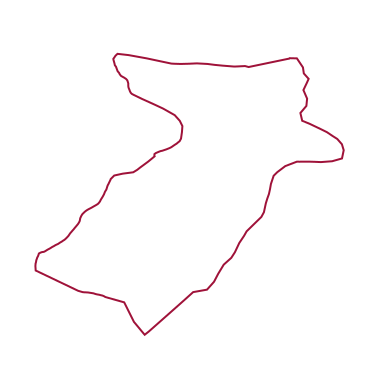 Thula, Amran, Yemen (Equal Earth projection), rotated 99°
{"feature_id": "15242507B3990952227589", "entity_name": "Thula", "entity_type": "district", "adm_level": 2, "iso_a3": "YEM", "parent_name": "Yemen", "parent_adm1": "Amran", "projection": "equal_earth", "projection_center": [43.832, 15.591], "detail": "fine", "context": "isolated", "style": "outline", "palette": "rose", "viewbox_px": 384, "rotation_deg": 99, "n_neighbors": 0, "source": "geoboundaries", "source_scale": "gbopen_adm2", "svg_char_len": 2903}
<svg xmlns="http://www.w3.org/2000/svg" viewBox="0 0 384 384"><g transform="rotate(99 192 192)"><path d="M340.4,216.4L336.5,212.8L321.6,200.5L300.7,183.3L290.7,175.2L286.1,161.9L277.2,156.2L268.6,153.3L258.8,149.3L250.9,142.9L244.8,140.2L234.9,137.3L227.1,133.7L222.3,131.9L213.3,125.2L205.8,119.6L200.7,117.8L191.6,117.3L186.7,116.6L182.0,115.7L176.9,115.4L171.7,115.3L163.2,113.9L159.1,110.9L151.8,103.9L145.6,93.1L145.3,90.8L143.8,81.8L143.0,75.5L142.3,69.4L139.7,58.4L135.4,49.1L127.0,48.7L121.4,51.4L116.9,56.8L114.6,62.1L111.8,68.1L109.8,74.5L106.3,86.3L104.4,94.3L97.0,97.3L89.1,92.5L81.8,92.9L73.9,97.9L66.1,95.6L62.0,94.5L57.4,100.1L51.6,101.9L43.6,109.3L44.6,116.6L45.1,116.9L45.5,118.1L59.7,155.6L59.3,159.3L60.9,166.9L61.5,169.9L62.4,181.4L62.9,189.6L63.1,196.7L64.2,207.3L65.8,215.1L67.3,223.2L68.1,229.5L68.4,232.5L67.7,246.2L67.1,257.6L66.7,276.0L67.2,287.2L69.4,288.9L71.4,289.8L72.7,290.5L73.6,290.3L77.1,288.7L78.9,288.0L80.1,286.7L82.1,285.6L84.4,284.3L85.7,282.7L87.0,281.8L88.4,280.3L89.1,278.5L89.7,276.8L90.7,274.7L91.8,273.4L93.5,272.5L94.8,271.9L96.3,271.7L98.1,271.3L99.4,270.7L100.8,269.8L101.6,269.4L102.3,269.0L103.6,268.0L104.5,266.8L105.2,264.8L107.9,255.9L111.6,242.4L114.1,233.7L118.8,221.1L123.6,215.2L128.4,211.8L134.5,211.3L141.0,211.2L143.8,212.2L144.2,212.6L145.4,213.7L146.7,214.8L147.8,216.1L148.5,216.8L148.9,217.3L150.1,218.5L151.1,219.6L152.1,221.0L153.0,222.5L153.9,224.0L155.0,226.1L155.9,227.8L156.5,229.4L157.3,230.8L158.3,232.4L159.2,233.8L159.3,233.9L160.0,234.6L160.4,235.0L161.9,234.9L162.6,234.5L168.8,240.0L176.0,247.1L178.6,249.5L181.7,253.1L182.9,257.1L184.6,262.9L184.8,263.5L187.9,271.4L191.9,274.3L192.6,274.4L194.3,274.9L195.9,275.4L197.3,275.8L198.6,276.3L200.3,276.6L201.8,276.8L203.1,277.0L204.4,277.6L205.8,278.1L207.8,278.5L209.3,279.0L210.9,279.6L211.9,280.0L212.5,280.3L214.3,281.0L215.7,281.4L217.2,282.2L218.4,283.0L219.6,284.3L220.8,285.8L221.9,287.2L222.9,288.4L223.9,289.7L224.9,291.1L226.0,292.5L227.1,293.7L228.3,294.8L229.5,295.7L231.0,296.8L232.6,297.5L234.0,297.9L235.5,298.3L237.0,298.3L238.4,298.4L239.9,298.9L241.5,299.6L243.2,300.6L244.7,301.5L246.0,302.3L247.3,303.0L248.5,303.8L250.0,304.7L251.9,305.9L253.2,306.5L254.7,307.2L256.5,308.4L258.0,309.5L259.2,310.5L260.2,311.7L261.4,312.9L262.5,314.3L264.2,316.1L265.8,318.5L267.1,320.0L268.1,321.4L269.1,322.5L270.2,323.8L271.3,325.3L272.3,326.5L273.4,327.7L274.3,329.0L274.8,330.7L275.6,332.2L276.7,333.6L278.1,333.8L279.6,334.1L280.9,334.6L282.3,334.8L283.7,335.1L285.2,335.1L286.6,335.2L287.0,335.3L289.6,335.1L294.0,334.1L307.4,289.0L307.9,285.1L308.0,284.3L307.9,282.6L307.7,280.9L307.5,279.0L307.5,277.0L307.5,275.1L307.5,273.5L307.9,271.1L308.0,269.3L308.0,269.0L308.0,267.6L308.2,265.8L308.3,264.2L308.7,262.6L309.3,261.1L311.6,241.7L329.4,229.0L332.7,225.2L335.7,221.8L336.6,220.8L338.5,218.6L340.4,216.4Z" fill="none" stroke="#9f1239" stroke-width="2"/></g></svg>